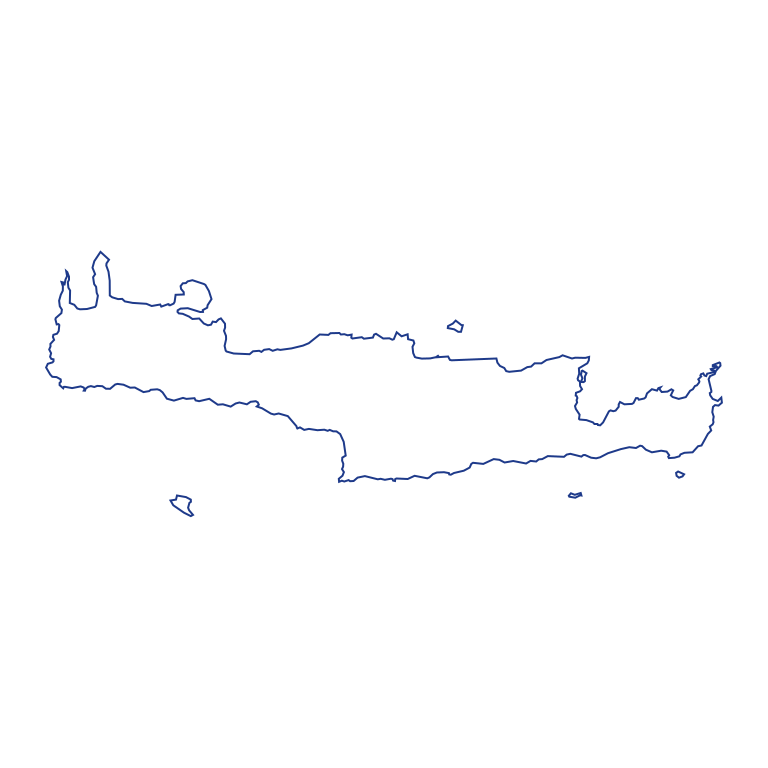 Kritis, Kriti, Greece
{"feature_id": "26713481B79456911033966", "entity_name": "Kritis", "entity_type": "district", "adm_level": 2, "iso_a3": "GRC", "parent_name": "Greece", "parent_adm1": "Kriti", "projection": "orthographic", "projection_center": [24.889, 35.249], "detail": "fine", "context": "isolated", "style": "outline", "palette": "blue", "viewbox_px": 768, "rotation_deg": 0, "n_neighbors": 0, "source": "geoboundaries", "source_scale": "gbopen_adm2", "svg_char_len": 6055}
<svg xmlns="http://www.w3.org/2000/svg" viewBox="0 0 768 768"><path d="M118.1,299.1L112.2,297.3L109.8,295.5L109.7,280.6L108.5,271.7L106.3,265.6L106.5,263.4L109.0,259.7L100.5,251.9L94.3,261.2L92.5,267.7L95.1,274.2L93.1,277.2L93.7,281.3L94.2,284.2L96.1,286.8L96.7,292.8L97.9,295.7L96.1,305.4L95.1,306.9L87.0,309.0L80.0,309.3L77.3,308.5L74.3,304.8L69.8,303.0L70.1,290.5L68.4,287.7L67.8,282.2L69.0,279.8L69.0,276.7L67.3,272.1L66.2,271.1L67.1,276.1L65.5,279.5L64.4,285.3L63.5,282.5L61.5,282.0L62.9,286.4L62.8,290.7L60.8,294.7L59.1,300.7L59.8,306.3L61.9,309.6L61.4,313.1L55.8,318.0L55.4,319.3L56.7,324.4L58.5,324.1L59.3,325.1L58.7,331.1L57.0,333.7L53.4,334.8L52.9,336.9L54.1,339.9L50.4,343.9L50.5,346.5L49.2,349.5L51.1,353.2L50.1,356.8L51.3,358.9L53.5,359.3L53.5,361.3L52.5,362.4L47.8,363.8L46.1,367.5L50.2,374.5L52.3,376.8L56.6,377.1L60.7,379.4L60.9,381.7L59.6,382.9L59.6,385.1L63.2,388.3L63.9,386.9L64.9,386.8L72.1,388.1L80.7,386.4L83.6,387.5L84.7,389.0L83.8,390.6L85.0,390.7L85.7,388.6L88.2,386.8L90.9,386.1L94.3,387.0L97.2,385.9L102.4,386.2L105.9,388.7L110.1,388.8L115.2,384.5L117.5,383.9L123.5,384.7L130.2,387.7L134.8,387.5L143.5,392.1L149.2,391.1L150.7,389.8L157.2,389.3L159.8,390.1L162.6,392.4L166.9,398.7L173.9,400.6L183.0,397.9L186.4,398.9L194.5,398.2L195.6,400.4L199.1,401.2L209.3,398.8L217.8,404.7L222.9,404.3L230.7,406.6L235.6,403.5L239.4,402.5L246.9,404.3L250.6,401.8L255.8,401.2L257.8,402.4L258.8,404.7L256.8,406.5L262.1,408.3L270.9,413.6L274.1,414.5L278.7,413.5L287.8,416.1L296.4,426.1L297.1,428.3L296.6,428.8L300.0,427.4L304.2,429.9L308.9,428.9L317.5,430.2L324.3,429.7L327.7,430.8L329.7,429.9L333.1,431.3L336.5,431.4L340.2,434.1L343.7,441.8L345.7,455.6L342.3,457.6L342.1,460.6L343.3,463.8L343.1,466.7L342.0,469.1L343.9,472.1L342.5,475.7L338.8,478.8L339.1,481.8L341.8,480.7L344.3,481.5L348.6,480.1L350.1,481.2L353.6,481.0L357.6,477.6L364.9,476.1L377.8,479.3L380.6,478.8L384.9,479.8L391.0,478.7L392.5,479.1L393.1,480.6L395.0,481.0L395.2,479.1L396.4,478.5L407.7,479.0L414.6,475.8L427.3,478.3L429.4,477.4L432.9,474.1L436.9,472.5L444.0,472.2L448.9,473.1L449.2,474.4L450.8,474.7L454.0,473.0L463.8,470.7L468.5,468.2L469.7,467.5L471.3,463.9L473.0,462.8L483.3,463.9L493.7,459.1L499.4,459.8L504.6,462.5L513.2,461.0L526.1,463.5L530.5,460.9L536.2,461.5L538.7,459.4L542.2,459.1L547.8,456.1L564.0,456.8L566.7,454.6L570.3,453.8L581.4,456.6L583.3,455.1L585.0,455.0L591.1,457.7L596.2,458.3L600.1,457.3L608.0,453.2L620.9,449.1L629.3,447.2L636.0,448.0L640.1,445.7L642.1,446.1L645.9,449.7L651.9,452.3L661.2,450.7L666.6,451.6L669.2,455.2L668.2,456.7L668.9,458.1L674.5,457.7L679.4,456.3L680.5,454.4L684.4,452.8L692.6,452.3L698.1,446.2L701.5,445.5L707.9,433.9L711.2,430.5L709.8,426.6L712.7,424.3L713.5,422.2L713.1,420.0L713.7,416.7L712.3,412.2L713.0,406.9L715.0,405.1L718.5,405.6L721.9,402.7L721.3,397.6L717.8,401.0L712.7,398.9L710.2,395.3L709.8,393.1L711.3,392.0L711.4,390.9L708.6,379.2L710.1,376.1L714.7,374.1L715.9,370.9L720.5,365.7L720.2,363.1L719.4,362.5L712.8,365.1L712.8,366.1L716.4,366.1L717.2,367.2L710.8,369.1L711.5,370.2L714.1,370.5L714.5,371.1L714.0,372.1L707.2,373.7L706.2,376.1L704.4,375.5L703.3,373.4L701.0,374.2L700.4,375.5L701.2,376.5L698.3,379.3L699.4,381.3L699.1,382.5L696.9,385.3L694.9,386.1L692.9,389.2L690.1,390.8L685.8,397.1L678.7,398.9L672.6,397.0L670.8,395.3L673.2,390.4L671.4,389.3L667.5,391.6L661.7,392.0L659.3,388.9L660.5,387.4L658.4,388.1L657.0,390.6L651.9,389.2L647.0,393.4L645.6,397.4L644.2,398.5L638.9,399.7L637.7,398.1L636.0,398.1L633.5,403.0L632.0,403.9L624.4,404.3L620.0,402.0L618.7,404.4L618.7,406.8L615.6,410.6L613.3,411.2L610.5,410.4L608.9,411.4L603.1,422.4L600.2,425.3L597.9,425.0L597.5,424.0L594.4,424.0L593.0,422.4L586.4,420.1L579.6,419.5L579.0,418.9L579.6,414.7L575.8,408.9L575.0,406.0L577.1,402.5L576.6,400.1L577.4,398.0L576.7,396.1L575.7,395.6L576.0,392.8L580.1,391.3L582.0,389.2L580.1,386.0L579.9,381.5L578.1,380.3L577.6,378.7L579.2,373.7L578.9,368.3L587.3,363.3L588.8,360.4L589.1,356.9L585.4,357.9L575.2,357.7L572.0,358.5L562.6,355.3L559.3,357.1L546.5,360.0L541.5,363.3L534.6,363.3L531.1,366.6L527.3,367.1L521.1,370.6L509.2,371.8L506.2,371.1L504.3,368.0L499.9,365.9L497.4,362.6L496.4,358.5L451.6,360.3L449.9,359.9L448.1,356.5L436.4,357.3L438.8,355.3L435.9,357.2L430.2,358.4L421.8,358.6L416.4,357.6L414.9,357.0L413.2,353.1L412.5,346.8L414.3,343.3L413.4,340.5L408.1,339.2L407.6,334.3L401.6,336.3L396.7,332.3L393.8,339.2L392.3,339.7L389.4,338.3L383.2,338.5L376.0,333.8L374.1,334.6L372.9,337.6L363.9,338.7L361.8,337.2L352.4,338.5L351.3,337.7L351.6,334.6L347.7,335.3L344.3,334.2L340.9,334.5L339.4,333.0L330.5,333.2L328.4,334.9L319.7,334.5L308.8,343.2L303.0,345.6L291.5,348.4L280.3,349.9L277.4,349.3L272.7,350.8L269.2,349.1L264.1,349.8L261.4,351.9L259.2,350.8L253.0,351.3L249.6,354.2L233.7,353.5L226.5,351.5L225.7,350.6L224.6,345.9L226.1,339.2L226.0,335.9L224.0,330.8L225.1,327.6L225.0,323.7L220.9,318.4L218.6,319.4L216.0,322.1L212.7,321.6L211.0,324.7L207.9,325.3L203.8,323.5L199.2,318.5L192.4,319.0L189.1,316.6L182.7,313.8L178.9,313.4L177.5,311.9L177.7,310.3L180.6,308.6L187.8,308.2L200.1,312.0L203.0,311.9L202.8,310.1L207.2,307.7L207.6,305.2L211.5,299.1L208.9,291.0L205.4,284.9L203.9,284.0L192.4,280.2L187.6,281.4L185.9,283.1L182.8,283.3L180.6,286.1L181.1,289.0L183.7,292.1L183.8,294.5L175.6,294.8L174.6,301.9L173.6,303.6L170.0,305.3L169.2,305.2L168.7,304.2L168.2,304.1L161.3,306.6L160.2,304.5L151.7,306.0L146.4,303.8L132.6,302.9L124.8,301.4L122.2,298.9L118.1,299.1ZM190.8,499.6L186.0,497.1L177.0,495.5L176.0,499.6L170.5,500.5L173.3,505.3L184.0,512.7L190.8,516.1L193.0,514.9L189.1,510.3L188.1,507.7L189.4,502.9L190.9,501.8L190.8,499.6ZM455.7,320.6L452.8,323.6L448.0,326.1L447.8,328.1L454.2,329.3L458.2,331.8L461.0,331.8L462.8,325.2L461.3,325.0L455.7,320.6ZM583.6,382.1L584.9,381.1L584.9,376.5L586.5,373.2L582.5,370.6L581.7,371.0L581.0,374.8L582.4,378.2L581.0,382.0L583.6,382.1ZM581.4,495.5L580.7,493.0L574.8,494.8L570.9,493.3L568.8,495.8L569.3,496.7L575.3,497.7L580.1,495.3L581.4,495.5ZM679.0,477.7L682.5,476.4L684.1,474.3L678.1,471.5L676.1,472.9L676.6,475.8L679.0,477.7Z" fill="none" stroke="#1e3a8a" stroke-width="2"/></svg>